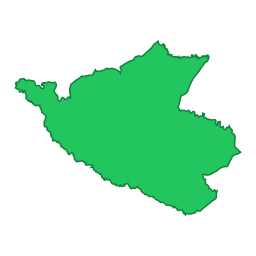 Boende, Équateur, Democratic Republic of the Congo (Natural Earth projection)
{"feature_id": "63176286B77918114228452", "entity_name": "Boende", "entity_type": "district", "adm_level": 2, "iso_a3": "COD", "parent_name": "Democratic Republic of the Congo", "parent_adm1": "Équateur", "projection": "natural_earth1", "projection_center": [20.931, -0.493], "detail": "fine", "context": "isolated", "style": "filled", "palette": "green", "viewbox_px": 256, "rotation_deg": 0, "n_neighbors": 0, "source": "geoboundaries", "source_scale": "gbopen_adm2", "svg_char_len": 5735}
<svg xmlns="http://www.w3.org/2000/svg" viewBox="0 0 256 256"><path d="M95.3,69.7L92.4,75.2L90.1,75.1L82.7,76.6L82.5,76.1L81.6,76.3L80.5,77.0L79.2,78.4L75.2,80.7L73.9,82.1L71.0,84.3L70.1,87.4L69.7,91.3L70.6,97.2L70.1,98.0L69.2,97.1L68.3,97.0L66.4,99.3L65.4,99.4L62.7,97.4L61.4,98.4L60.7,100.4L60.1,101.1L59.2,101.0L58.2,100.3L57.8,98.2L58.0,97.4L57.5,96.8L57.5,95.9L56.8,94.6L56.1,94.4L54.5,92.2L54.3,90.9L54.5,89.7L56.1,86.5L56.3,84.7L56.2,83.9L54.7,82.1L52.5,82.9L48.9,81.9L47.5,82.6L46.6,82.5L42.5,83.0L41.9,83.7L41.6,85.0L41.9,85.4L42.5,85.3L42.7,84.9L44.1,86.3L43.8,88.0L42.1,88.6L41.3,88.1L39.5,85.8L38.3,85.4L36.3,85.9L35.7,85.3L34.9,82.7L33.7,80.9L29.3,80.3L28.5,79.9L26.9,80.8L25.9,80.9L25.5,80.6L25.4,79.4L22.5,78.6L19.7,79.4L18.2,82.5L16.7,82.2L15.8,82.8L15.6,84.1L15.9,84.5L16.4,84.1L16.9,84.3L15.4,87.9L17.5,89.2L18.6,89.2L19.1,89.6L19.3,91.4L19.7,91.9L20.9,91.9L22.1,90.2L22.8,92.6L23.3,92.7L24.4,90.7L24.8,90.8L25.7,94.1L26.6,95.5L25.9,97.2L26.2,97.9L26.1,98.8L27.7,99.5L28.2,101.0L29.9,101.3L30.8,102.3L31.5,101.3L32.8,103.4L33.2,103.9L33.6,103.8L33.6,104.4L35.3,105.6L35.9,105.8L36.9,105.1L37.4,105.1L38.5,105.7L39.7,105.1L40.0,107.4L41.3,108.5L41.0,109.5L41.6,110.4L41.7,112.1L45.7,115.6L46.0,117.7L45.3,118.8L44.7,121.3L44.0,122.1L44.4,123.6L44.1,124.7L44.5,126.5L44.9,126.8L45.8,126.3L47.0,127.4L46.9,129.5L47.2,130.0L49.7,132.0L50.6,132.3L50.6,134.0L51.5,135.1L50.7,135.9L52.7,138.2L52.6,140.3L52.8,140.8L53.6,141.0L54.1,140.3L54.5,140.3L55.8,140.8L57.3,142.5L58.2,141.4L59.0,142.8L60.3,144.1L60.6,145.4L61.2,146.0L61.3,147.0L62.9,147.3L64.3,149.1L65.3,149.1L66.5,150.1L66.9,151.3L68.0,153.1L68.7,153.5L68.4,154.2L68.6,154.5L69.3,154.5L69.7,153.8L70.8,153.7L71.3,152.8L72.9,153.0L73.2,153.7L73.0,154.7L73.3,155.5L74.3,156.0L74.2,157.4L74.4,158.9L74.7,159.5L75.3,159.8L75.4,160.6L76.8,161.8L78.6,161.2L79.4,161.6L80.4,160.9L83.1,161.1L83.7,162.1L84.9,162.3L85.1,162.9L86.1,162.5L86.3,162.9L85.6,164.9L87.3,165.1L89.4,164.7L90.4,165.1L92.5,165.1L92.6,166.0L91.1,167.4L92.4,167.3L93.5,167.8L93.4,168.9L94.0,170.2L94.8,170.3L96.0,171.1L95.7,171.8L99.1,173.2L99.9,174.3L101.1,174.0L101.4,175.3L102.1,175.9L101.6,176.8L102.2,177.9L103.5,178.0L103.7,179.2L104.2,180.0L104.7,179.1L105.4,179.8L105.7,179.3L106.6,179.5L107.0,179.0L107.7,179.3L108.1,180.0L109.1,179.5L110.3,180.4L110.4,181.0L112.1,183.7L113.5,183.9L115.3,184.9L116.2,184.3L116.4,185.4L117.0,185.8L119.2,185.4L119.6,186.3L120.8,185.2L121.4,186.3L122.6,186.5L124.6,185.7L124.0,185.4L124.7,184.2L127.8,183.6L129.9,187.5L131.5,188.8L133.0,187.8L133.9,188.3L135.6,188.3L136.3,187.1L137.7,186.7L138.3,188.1L139.2,188.4L140.9,189.6L141.5,191.7L143.4,192.8L144.9,194.5L146.7,194.3L147.0,195.0L149.4,196.5L152.8,196.5L153.2,197.5L154.2,197.3L155.2,198.9L156.3,199.8L157.7,200.2L160.8,202.6L162.2,202.1L163.8,202.6L165.7,204.2L166.1,205.1L171.4,205.7L172.8,206.4L173.2,207.7L174.6,206.7L175.1,206.7L175.5,207.8L177.2,208.7L177.1,209.7L178.1,210.5L179.3,210.0L179.9,210.3L182.0,209.7L182.2,210.8L183.1,211.6L183.5,213.2L184.2,212.7L184.5,212.9L184.6,214.3L185.2,214.3L185.5,214.8L185.9,213.9L186.5,213.5L188.8,214.1L190.2,214.0L194.6,213.0L197.4,210.6L199.1,211.1L200.2,211.0L202.8,208.6L212.1,201.1L215.8,198.5L216.3,197.7L216.4,193.5L217.0,190.9L215.9,191.6L214.8,189.9L214.5,189.9L213.2,191.2L212.6,191.4L210.4,188.8L208.9,188.5L208.8,186.5L207.3,184.9L205.5,183.8L205.6,182.1L205.2,180.2L205.6,179.4L203.5,178.5L202.9,176.1L202.9,174.6L204.6,174.5L205.8,175.1L208.8,174.9L210.9,174.1L215.9,171.3L216.6,171.1L220.0,168.2L223.4,166.8L227.4,166.4L232.7,155.9L234.1,155.1L238.9,153.3L240.6,152.2L234.8,146.7L234.6,144.2L235.1,137.5L234.9,135.8L234.1,134.3L231.9,132.7L231.8,132.2L232.3,130.3L230.6,128.6L229.2,125.9L228.2,127.5L226.6,127.6L225.9,129.3L224.9,129.7L223.8,129.0L223.2,126.5L222.7,126.4L221.5,127.2L220.7,127.2L220.3,126.8L220.0,125.2L220.5,122.5L220.1,121.5L218.1,121.9L217.7,122.5L217.5,125.3L216.9,125.4L215.9,124.4L215.7,123.2L215.9,121.3L215.4,119.9L214.4,119.7L210.9,120.0L209.1,119.1L208.0,119.6L206.1,118.0L204.2,117.4L203.9,116.3L204.4,114.4L204.4,113.8L203.8,113.5L202.7,113.2L202.9,115.2L202.3,116.1L200.2,116.1L198.8,117.0L197.9,115.7L196.7,114.8L195.7,116.0L195.0,116.1L194.6,115.2L195.0,113.3L194.2,111.7L193.0,111.5L191.7,112.9L191.1,113.0L190.2,112.5L189.3,110.7L188.5,110.3L186.4,111.5L184.9,110.6L181.4,110.2L180.5,110.3L180.3,110.9L179.9,110.9L179.4,110.3L179.2,108.9L177.8,107.1L179.0,104.5L181.0,96.2L182.0,95.2L182.9,95.1L185.2,94.0L187.7,91.4L189.7,85.3L193.4,78.2L199.8,70.2L200.0,69.4L205.1,62.5L205.5,62.0L207.2,61.4L207.6,60.9L209.0,57.0L207.9,56.6L208.3,55.5L207.7,55.1L206.3,55.6L206.1,56.8L205.5,56.0L204.8,56.4L204.4,56.0L203.6,56.5L202.7,55.9L201.7,57.3L199.9,57.6L198.7,58.7L198.6,57.7L197.9,56.8L197.3,56.9L196.6,57.6L196.9,55.9L195.6,55.8L195.9,54.9L195.3,54.8L195.1,56.1L194.6,56.7L193.4,56.2L192.4,54.9L191.9,54.8L191.5,55.4L192.1,56.4L192.2,57.2L191.4,57.1L190.6,57.6L189.3,57.3L188.9,57.7L187.8,56.8L186.8,57.4L184.5,56.7L182.1,57.1L181.6,57.8L181.1,57.7L180.7,57.2L179.7,58.3L179.2,58.3L178.6,56.4L177.5,57.1L176.0,57.2L176.1,56.8L171.9,56.5L171.2,55.9L171.8,55.0L170.9,55.1L169.8,54.1L169.1,54.2L168.5,55.1L167.5,54.4L168.4,52.1L167.2,50.6L167.2,49.3L166.1,49.3L165.7,48.3L164.5,48.0L164.3,47.1L164.9,47.1L164.9,45.6L163.5,45.6L163.0,44.9L163.9,44.6L163.9,44.1L163.2,44.0L162.2,45.0L160.3,45.2L158.8,43.9L158.1,41.2L157.4,41.5L156.6,42.7L154.2,44.0L151.6,47.8L141.9,56.6L138.3,55.8L136.0,56.9L135.6,56.9L134.7,57.5L133.3,60.1L130.8,60.7L127.4,62.4L120.4,66.6L120.1,67.4L120.6,69.0L121.1,69.3L121.3,70.5L121.0,71.6L120.2,72.1L120.2,72.8L119.0,71.1L114.6,69.0L111.6,68.3L110.3,68.5L109.0,69.1L108.1,68.9L107.1,68.2L104.1,69.9L100.3,71.2L96.4,71.2L95.3,69.7Z" fill="#22c55e" stroke="#15803d" stroke-width="1.5"/></svg>